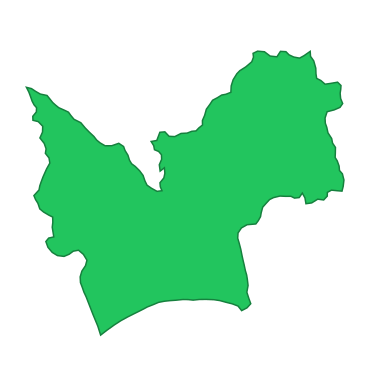 Tijucas, Santa Catarina, Brazil (orthographic projection), rotated 85°
{"feature_id": "56859067B7676071036487", "entity_name": "Tijucas", "entity_type": "district", "adm_level": 2, "iso_a3": "BRA", "parent_name": "Brazil", "parent_adm1": "Santa Catarina", "projection": "orthographic", "projection_center": [-48.711, -27.244], "detail": "fine", "context": "isolated", "style": "filled", "palette": "green", "viewbox_px": 384, "rotation_deg": 85, "n_neighbors": 0, "source": "geoboundaries", "source_scale": "gbopen_adm2", "svg_char_len": 2947}
<svg xmlns="http://www.w3.org/2000/svg" viewBox="0 0 384 384"><g transform="rotate(85 192 192)"><path d="M282.3,308.4L287.2,306.6L305.1,301.4L317.5,297.5L326.6,295.5L322.4,289.0L317.6,280.9L314.0,274.1L310.9,267.1L308.2,260.3L306.3,255.4L304.3,250.4L302.6,246.5L300.9,240.7L299.0,234.8L298.4,228.9L298.3,223.3L298.4,217.9L298.3,210.5L298.8,205.4L299.8,200.3L299.7,194.2L300.2,187.3L301.2,179.5L302.6,173.7L304.8,167.8L306.9,161.7L309.6,156.1L314.5,152.9L312.2,147.3L308.4,143.2L303.2,144.6L296.6,146.1L290.0,144.3L283.4,144.5L279.4,144.8L274.9,145.7L269.1,146.4L264.4,147.1L259.7,147.7L253.3,148.4L246.8,149.5L242.0,150.5L236.8,149.7L232.1,145.9L229.4,140.0L229.4,131.2L226.4,128.5L222.6,125.9L218.8,124.9L213.3,122.9L209.7,119.1L206.3,115.4L204.7,111.3L203.7,104.8L204.5,98.9L204.9,93.8L207.0,90.4L206.9,85.7L202.7,82.2L207.7,80.0L213.6,79.5L213.3,73.7L210.1,67.4L211.4,61.5L207.9,57.6L204.2,57.2L202.3,52.9L203.3,47.7L204.2,42.5L199.6,40.9L193.3,39.6L187.0,40.6L183.4,43.2L179.0,43.2L173.7,44.6L170.1,46.4L165.6,45.8L160.1,45.2L155.6,47.7L150.9,48.2L144.9,51.4L139.3,52.1L135.1,53.2L129.9,53.0L123.8,50.4L122.6,43.2L120.6,37.2L117.0,34.2L111.8,35.8L106.5,35.8L102.8,34.9L98.9,34.3L95.3,37.4L95.9,44.6L96.2,50.0L92.1,54.0L89.7,57.9L85.1,58.2L79.4,57.9L72.0,59.3L67.2,62.1L62.2,62.0L66.0,68.6L68.0,73.2L66.4,78.9L63.8,83.4L60.4,86.2L59.6,91.6L64.7,95.6L63.4,102.3L58.6,107.6L57.4,114.4L59.2,119.1L63.0,119.0L67.5,121.1L72.1,127.6L75.3,133.8L78.1,137.0L83.7,141.2L89.7,143.7L96.1,144.6L97.6,149.8L98.0,154.0L100.2,158.3L102.4,163.5L106.1,166.4L110.8,170.5L116.7,172.7L121.7,175.4L126.2,175.7L128.7,179.5L131.5,182.7L131.5,186.9L132.9,191.7L132.7,197.8L135.3,204.3L134.5,210.0L129.7,213.8L129.7,218.8L134.3,221.0L137.6,222.6L138.1,228.3L142.5,226.1L146.6,225.7L148.7,221.7L152.2,219.2L156.8,219.4L162.0,222.2L168.4,221.9L165.5,217.4L171.0,217.4L175.5,218.8L180.0,223.1L184.1,223.1L188.1,221.8L188.3,226.8L184.7,232.1L181.3,236.2L176.9,237.9L171.2,239.3L166.2,242.4L161.6,246.3L158.6,249.7L154.9,251.5L149.8,252.6L144.8,255.1L140.7,256.2L137.1,260.7L138.9,267.9L138.4,274.5L135.1,279.2L132.0,282.4L128.1,284.9L123.3,289.2L118.9,292.8L113.3,296.7L109.3,303.2L105.1,306.1L101.7,308.1L99.5,311.8L96.4,317.4L93.6,320.3L90.7,323.0L86.6,325.7L83.2,328.0L81.2,334.6L78.2,338.9L75.0,342.9L73.3,347.8L78.3,345.8L83.0,344.5L87.7,343.3L91.5,341.7L94.5,339.5L98.7,340.1L102.7,344.0L106.7,344.2L108.5,339.0L113.5,335.0L119.3,335.7L124.9,338.8L130.7,335.0L136.3,333.6L140.7,334.7L145.6,331.5L150.8,331.1L156.4,334.9L163.8,339.0L169.0,341.5L172.6,343.1L176.6,344.2L181.8,349.8L185.9,348.5L189.8,346.5L195.6,345.1L199.1,341.5L202.6,336.6L204.8,333.0L210.1,333.3L214.9,334.3L219.0,334.0L224.7,333.6L225.4,338.8L228.6,341.9L234.6,340.3L240.0,336.5L243.6,331.6L245.0,325.1L243.3,319.8L240.6,315.4L240.1,310.1L244.7,305.6L250.8,302.6L256.1,304.5L261.2,308.6L266.8,310.8L272.6,311.0L277.1,309.7L282.3,308.4Z" fill="#22c55e" stroke="#15803d" stroke-width="1.5"/></g></svg>